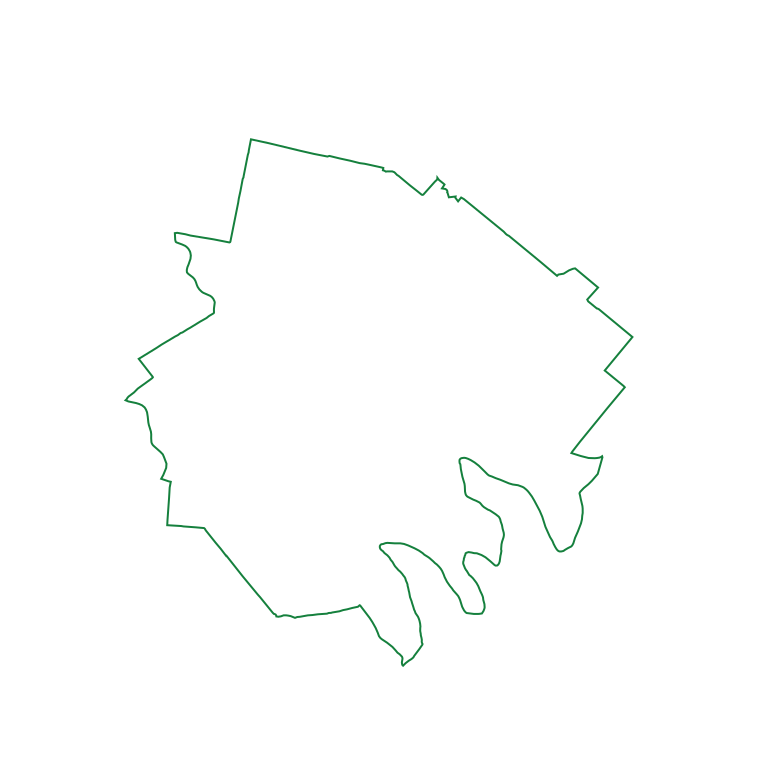 Rasuceni, Giurgiu, Romania (Albers equal-area conic projection), rotated 162°
{"feature_id": "2599482B42533582324930", "entity_name": "Rasuceni", "entity_type": "district", "adm_level": 2, "iso_a3": "ROU", "parent_name": "Romania", "parent_adm1": "Giurgiu", "projection": "albers", "projection_center": [25.697, 44.069], "detail": "fine", "context": "isolated", "style": "outline", "palette": "green", "viewbox_px": 768, "rotation_deg": 162, "n_neighbors": 0, "source": "geoboundaries", "source_scale": "gbopen_adm2", "svg_char_len": 6154}
<svg xmlns="http://www.w3.org/2000/svg" viewBox="0 0 768 768"><g transform="rotate(162 384 384)"><path d="M625.2,362.7L618.9,358.0L617.0,356.9L619.8,351.8L623.6,342.1L631.8,321.9L633.8,316.7L620.8,311.6L618.7,310.5L607.2,305.8L599.7,302.6L599.4,302.2L599.0,301.3L598.8,300.0L593.2,285.1L590.2,277.7L587.2,269.2L586.9,269.3L577.8,244.7L569.1,222.7L567.7,219.5L560.5,200.8L559.8,199.4L559.2,199.1L558.3,198.2L558.1,197.3L558.1,196.6L558.2,196.2L556.4,195.3L553.8,194.9L551.0,195.0L548.7,194.3L546.8,193.4L544.5,192.1L540.9,189.1L538.5,189.2L535.9,188.6L527.9,187.5L523.5,186.4L518.0,185.4L509.2,183.2L507.3,183.3L505.1,182.7L503.9,182.7L496.6,181.6L492.8,181.6L488.7,181.1L483.3,180.8L477.6,180.2L475.6,181.1L475.1,180.7L469.9,165.9L468.6,161.0L467.3,154.5L466.8,149.2L466.7,145.8L466.0,143.7L464.9,141.9L461.0,137.0L457.2,131.3L455.3,127.1L454.2,124.3L452.6,122.1L451.2,119.2L451.1,118.2L451.3,117.0L453.0,113.8L453.3,112.4L453.4,111.2L452.9,110.2L449.8,111.8L445.9,113.2L443.0,113.9L441.2,114.6L440.3,115.1L439.4,116.0L432.3,121.0L428.1,124.2L427.7,124.8L427.9,126.2L427.7,127.4L427.1,128.9L426.8,131.0L426.6,133.9L426.3,134.8L425.9,137.9L424.9,140.8L424.3,142.1L423.7,144.9L423.4,147.9L423.4,150.1L423.6,152.2L424.8,156.3L424.9,158.9L425.1,160.0L425.0,163.0L425.0,167.2L424.9,168.8L425.1,173.2L424.4,178.3L424.4,179.1L424.0,182.8L423.9,184.9L423.6,186.0L423.6,187.4L423.9,190.4L423.8,192.4L424.0,193.8L424.9,196.2L425.3,197.6L426.6,200.6L427.8,202.5L428.8,204.9L429.7,206.9L430.1,208.2L430.9,212.1L432.0,214.8L432.3,216.5L432.5,217.3L433.7,220.0L435.8,223.1L436.7,225.4L437.7,226.7L438.4,228.2L438.5,228.8L438.4,230.2L438.0,231.2L437.5,231.7L436.5,232.3L436.0,232.4L434.3,232.1L431.9,232.2L430.0,231.9L423.4,229.3L417.7,227.4L414.4,225.7L410.9,223.0L405.7,218.3L402.3,214.8L399.5,211.2L398.4,209.2L395.7,206.0L394.5,204.4L391.9,200.0L390.9,198.0L389.5,196.0L388.1,193.2L387.1,190.7L386.5,188.2L386.1,184.3L386.0,181.5L385.2,176.5L383.8,171.8L382.5,168.5L381.9,166.3L379.7,161.3L378.9,159.2L378.5,156.4L378.4,154.9L378.5,148.1L378.4,147.3L377.8,143.8L376.9,141.6L376.1,140.6L375.2,140.2L369.7,137.6L364.7,136.0L361.8,135.5L359.5,137.4L357.9,139.4L357.3,140.5L356.5,143.6L356.3,147.9L355.8,150.4L355.8,151.6L355.9,153.4L356.4,157.1L356.8,162.7L357.5,166.2L358.1,168.0L359.5,171.9L361.1,174.9L361.9,175.8L363.1,180.9L363.4,181.5L363.9,183.7L364.2,188.6L364.0,189.2L363.7,190.2L362.6,191.8L361.8,193.6L361.2,194.1L360.4,195.5L359.5,196.4L358.9,197.4L358.6,197.8L357.7,198.0L355.5,198.0L352.7,196.6L350.6,195.3L348.0,194.3L344.1,191.2L341.0,187.8L337.6,182.5L334.7,177.5L333.8,176.7L332.3,176.4L331.1,177.0L330.1,177.8L328.8,179.5L326.3,184.7L325.2,186.5L323.9,189.0L323.7,190.6L321.8,195.2L320.4,197.6L317.8,201.1L316.9,202.7L316.5,203.7L316.1,205.6L315.9,209.7L315.4,213.5L315.5,217.0L315.3,219.5L315.6,221.5L315.9,222.4L318.1,225.7L322.4,231.1L324.0,232.4L327.0,236.0L328.1,237.9L329.0,240.3L329.7,241.7L332.5,244.5L334.9,246.5L339.1,250.7L339.8,251.6L340.4,253.3L340.4,254.4L340.2,256.5L338.7,262.0L338.3,264.3L338.1,271.5L337.2,279.4L336.3,283.5L336.2,284.2L336.5,285.1L336.3,286.5L335.8,288.0L335.4,288.7L334.6,289.2L334.1,289.4L333.1,289.5L330.7,289.1L329.2,288.4L327.2,286.9L325.1,284.9L322.1,281.4L319.1,277.0L316.7,272.4L313.4,265.9L312.3,264.4L310.0,262.7L306.8,259.9L303.0,257.0L295.9,250.9L292.7,248.7L287.8,246.3L284.0,243.3L282.9,242.1L281.2,239.4L280.3,237.6L279.6,235.8L278.1,231.3L277.1,226.7L275.1,215.4L274.5,208.7L274.6,198.3L274.1,193.6L273.4,187.2L272.4,183.0L272.2,181.4L272.1,179.5L271.5,175.9L270.8,173.2L270.0,171.6L269.0,170.6L267.4,170.0L265.5,169.8L264.8,169.8L263.3,170.3L259.7,171.1L256.2,171.6L254.9,172.3L253.2,173.9L249.8,178.7L245.2,183.8L239.7,190.6L237.5,194.2L236.2,197.4L234.9,199.9L233.5,204.3L233.0,206.7L232.4,214.1L232.0,217.3L231.9,219.4L231.6,220.0L230.6,220.9L226.2,223.3L220.6,225.5L216.2,227.7L208.5,232.4L198.9,246.8L198.9,247.9L200.1,247.5L201.8,247.4L204.4,247.8L206.5,248.3L212.3,250.4L219.1,254.7L227.1,260.4L225.7,261.6L215.5,268.5L178.9,292.1L156.0,306.5L156.7,308.0L169.9,328.6L133.2,351.9L156.6,388.8L157.8,389.9L158.2,390.0L164.3,399.5L164.6,401.5L150.6,409.6L166.5,434.9L168.8,435.2L172.9,434.9L179.1,433.4L184.3,434.2L186.0,433.4L197.7,452.2L219.5,486.4L220.7,487.5L221.7,489.0L223.0,491.8L250.9,535.2L253.0,537.5L257.1,534.8L258.6,539.2L258.0,540.2L264.6,541.5L264.5,546.3L264.7,546.7L264.2,547.5L264.2,548.7L265.2,550.4L268.4,552.1L264.8,555.0L265.2,555.8L268.6,561.0L269.0,562.1L269.5,563.7L269.9,562.7L270.2,562.2L270.7,561.8L272.9,560.8L288.0,552.0L288.7,551.9L289.4,552.2L289.8,552.6L293.6,558.4L297.9,564.8L305.8,577.4L307.0,578.8L308.3,581.5L308.8,582.3L310.4,583.6L315.6,585.3L316.6,585.4L317.8,586.8L319.0,587.6L317.9,589.7L320.1,591.1L331.0,597.5L334.5,599.5L338.9,601.6L347.0,606.7L356.6,612.3L365.5,617.8L367.5,617.8L379.4,624.4L392.1,632.0L419.3,648.7L434.9,657.8L440.3,648.1L441.2,646.1L442.7,644.0L453.4,624.8L453.8,623.9L455.0,622.7L461.0,611.7L464.8,605.2L466.7,601.4L486.1,566.9L486.5,566.5L487.3,566.4L501.3,574.2L522.2,585.0L526.6,587.8L534.0,591.7L536.3,592.1L538.0,585.7L538.1,584.4L538.1,583.5L537.6,582.8L532.8,579.0L530.4,576.8L529.4,575.4L528.3,573.2L527.6,570.1L527.6,568.7L528.0,565.9L529.4,562.8L533.0,558.0L534.9,555.8L536.2,553.6L536.6,552.5L536.9,551.0L536.1,549.2L532.8,544.4L531.9,542.3L531.5,540.3L531.4,538.4L531.4,536.3L531.2,533.9L530.4,531.1L529.7,529.7L528.8,528.0L527.7,526.6L522.1,521.6L521.0,520.1L520.1,518.0L519.7,515.4L519.7,514.3L519.8,513.8L522.4,508.3L522.9,506.9L523.6,504.5L523.8,504.2L524.2,503.9L529.5,502.7L532.4,501.6L539.8,500.1L550.9,497.4L554.0,496.8L559.8,495.3L561.7,495.3L564.9,494.2L568.0,493.7L583.4,490.2L589.6,488.5L609.5,483.7L601.8,462.4L601.7,461.9L602.5,461.3L604.7,460.5L619.6,455.7L624.4,453.2L630.8,451.0L632.2,450.2L633.4,449.1L634.8,448.4L632.5,446.4L625.7,442.5L623.0,440.6L620.7,438.5L620.0,437.4L618.9,435.7L618.3,433.3L618.1,430.3L618.8,425.9L620.0,420.3L620.3,417.6L620.3,415.3L620.4,410.7L620.9,408.2L622.2,404.3L623.1,400.8L623.2,400.0L623.1,398.9L622.7,397.3L621.9,395.8L617.6,388.5L616.1,385.4L615.8,382.2L615.5,375.4L617.1,371.5L622.0,365.7L625.2,362.7Z" fill="none" stroke="#15803d" stroke-width="2"/></g></svg>